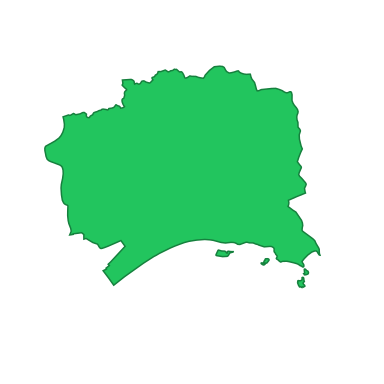 Quang Trach, Quảng Bình, Vietnam, rotated 68°
{"feature_id": "81297802B61927033163821", "entity_name": "Quang Trach", "entity_type": "district", "adm_level": 2, "iso_a3": "VNM", "parent_name": "Vietnam", "parent_adm1": "Quảng Bình", "projection": "robinson", "projection_center": [106.399, 17.873], "detail": "fine", "context": "isolated", "style": "filled", "palette": "green", "viewbox_px": 384, "rotation_deg": 68, "n_neighbors": 0, "source": "geoboundaries", "source_scale": "gbopen_adm2", "svg_char_len": 5908}
<svg xmlns="http://www.w3.org/2000/svg" viewBox="0 0 384 384"><g transform="rotate(68 192 192)"><path d="M249.1,299.5L245.2,286.1L239.8,263.6L237.5,251.5L237.3,249.1L236.7,245.2L235.8,233.0L235.7,228.3L235.8,223.1L236.0,218.0L236.6,213.2L238.3,205.8L240.8,197.9L243.1,193.2L244.7,190.5L249.7,183.9L251.8,180.1L253.3,174.7L254.2,172.7L255.1,171.3L256.0,170.4L257.6,169.2L258.0,168.5L258.6,167.2L258.8,161.0L259.1,159.9L260.6,157.9L262.1,154.4L264.1,152.4L265.3,150.7L266.2,150.0L269.9,145.6L271.6,140.2L272.2,138.9L273.2,137.9L274.2,137.3L274.9,137.1L275.5,137.1L276.9,137.8L278.2,138.2L280.0,137.7L281.1,137.7L282.8,137.1L283.6,137.2L284.1,137.5L285.1,138.7L285.4,138.7L285.9,138.6L286.9,137.8L288.9,136.9L289.8,136.3L290.2,135.9L290.2,134.0L291.7,130.1L293.1,127.9L296.1,123.7L298.2,121.1L300.2,119.6L301.0,119.2L301.4,118.5L302.0,118.0L302.8,117.7L303.2,117.1L303.2,116.8L303.0,116.3L302.1,115.8L301.0,115.6L299.3,116.0L297.6,116.0L295.8,112.8L293.8,108.2L292.8,104.3L292.6,103.8L292.6,100.7L293.1,99.0L294.3,98.3L296.0,98.1L297.8,97.7L298.2,97.5L298.5,97.0L296.6,96.9L292.7,95.5L291.4,95.5L286.1,96.3L283.1,96.4L280.6,97.5L270.0,104.0L268.9,104.3L268.0,104.0L266.2,103.0L264.6,101.9L262.0,101.2L259.3,101.1L249.5,103.2L246.6,105.3L241.4,108.4L239.9,107.1L238.3,106.2L235.8,105.7L235.5,96.9L235.5,87.2L233.8,87.0L230.7,86.3L228.8,84.2L227.5,83.2L226.0,83.3L220.6,85.1L217.6,86.4L215.7,86.5L214.0,85.2L210.4,81.5L209.2,81.3L207.5,81.9L203.4,83.0L199.7,79.9L195.9,76.3L193.4,73.6L190.1,73.6L183.2,72.6L179.2,71.2L176.0,68.6L174.4,68.5L171.6,69.4L167.1,67.7L164.4,67.6L161.8,66.8L160.2,65.9L158.4,64.2L157.1,63.5L155.0,63.3L152.9,63.7L149.8,64.7L147.3,65.1L144.6,65.0L139.3,62.8L137.1,62.5L136.1,62.8L135.7,63.8L135.8,65.8L135.5,67.2L134.2,68.7L131.8,70.4L129.5,72.8L127.3,75.5L125.9,79.3L123.0,89.4L123.1,92.3L122.6,93.7L120.9,93.8L117.1,93.3L113.9,93.0L109.7,94.2L107.3,94.2L104.6,93.8L104.4,94.2L103.3,97.5L102.0,99.8L100.3,101.8L98.6,103.2L97.5,103.4L97.0,103.7L96.7,105.1L96.6,107.7L96.2,110.4L95.8,112.5L95.4,113.1L94.7,113.7L93.3,114.8L91.5,115.2L88.6,115.5L87.1,116.6L85.7,119.2L84.2,124.4L85.8,130.2L88.6,136.0L90.1,137.5L90.8,138.9L89.3,141.4L88.0,143.3L86.3,145.1L84.6,149.0L83.6,150.5L84.1,153.1L84.1,154.9L83.8,155.6L83.3,155.9L80.6,155.8L78.1,156.1L76.9,156.5L76.3,157.2L76.3,158.2L75.5,158.9L72.5,160.4L72.0,161.9L71.5,162.4L72.0,164.0L72.0,164.8L71.6,166.4L71.8,167.2L71.8,168.7L71.6,169.2L69.0,171.0L68.9,171.3L68.7,175.9L68.1,177.1L67.7,178.3L69.0,179.3L69.6,180.3L69.9,181.5L69.8,182.0L70.0,182.4L70.6,183.0L70.9,183.4L71.0,183.9L71.0,184.9L70.9,185.9L71.0,186.2L71.4,186.4L72.2,186.5L73.4,186.2L74.8,189.3L75.1,190.3L75.0,190.7L72.9,193.4L72.2,194.0L71.5,194.4L70.9,195.1L70.5,196.7L70.6,197.3L71.4,198.3L72.0,199.3L72.2,200.1L72.2,200.8L71.8,201.3L70.7,202.2L70.4,202.9L70.4,204.8L70.0,204.8L67.7,204.3L66.9,204.5L65.6,205.4L64.8,206.3L62.1,214.6L65.1,215.3L65.6,215.5L66.7,216.7L67.1,216.7L67.9,216.3L69.9,215.5L72.2,214.3L72.8,214.3L73.0,214.6L73.6,216.3L74.1,217.0L75.1,217.7L77.1,218.2L79.4,220.0L79.6,220.5L79.7,221.6L80.2,222.2L80.9,222.6L82.3,223.0L84.3,223.1L86.5,222.9L87.6,222.6L87.9,223.5L88.0,224.7L87.6,226.7L87.0,226.7L86.0,226.9L85.2,227.3L84.0,228.8L82.9,229.5L82.7,229.8L82.7,230.1L84.0,232.1L84.3,233.3L84.2,234.9L83.5,237.6L83.5,237.9L84.2,238.8L84.3,239.1L84.3,239.6L83.3,240.8L81.8,243.4L81.7,244.1L81.6,244.7L82.0,245.7L81.9,246.5L81.7,247.6L81.9,249.9L81.7,251.7L81.7,253.3L82.3,254.3L83.2,255.1L83.3,256.6L83.6,258.0L84.5,259.2L84.4,259.8L83.8,260.9L82.8,261.5L81.8,261.5L80.3,260.7L78.0,262.0L77.6,262.8L77.4,263.9L77.6,265.9L77.6,266.7L76.9,270.3L76.7,270.9L76.2,271.4L75.5,271.8L74.8,272.5L75.3,275.9L75.2,276.7L74.6,277.2L74.3,277.7L74.2,280.0L74.0,283.4L76.8,283.8L81.3,284.9L84.4,286.3L88.2,289.4L90.7,292.4L92.2,295.2L93.5,300.4L94.7,310.3L95.0,310.9L96.2,312.0L98.6,312.9L101.4,313.4L104.4,314.0L107.4,314.0L109.2,313.1L110.7,311.8L117.4,304.5L118.7,303.6L119.9,303.1L121.5,303.1L123.6,303.4L126.9,304.6L131.0,306.9L136.0,310.3L139.2,311.9L145.8,314.1L151.1,315.3L154.0,315.1L155.2,314.7L156.3,313.9L157.6,312.5L158.1,312.3L158.6,312.3L163.0,314.3L167.3,316.1L172.1,317.5L175.1,318.0L180.4,318.1L182.8,318.6L183.5,319.0L186.0,321.5L186.3,320.4L186.8,318.0L186.3,317.8L188.4,309.6L190.9,308.2L195.2,309.9L195.4,307.6L201.7,302.9L205.0,299.1L208.4,298.6L209.6,298.2L210.2,297.7L210.5,296.9L210.7,294.6L210.8,290.3L210.4,276.1L217.3,274.4L226.4,293.7L227.6,296.8L229.2,296.2L230.4,300.2L231.4,300.1L231.7,303.9L241.0,301.4L249.1,299.5ZM260.3,192.9L263.4,187.8L264.8,183.7L264.8,182.9L264.4,182.0L262.9,180.1L262.7,179.2L263.1,176.5L262.7,176.2L261.7,178.5L260.5,180.5L260.4,180.8L260.6,181.3L261.8,182.3L261.6,182.7L261.2,182.9L260.3,182.9L259.6,183.3L259.0,184.0L257.8,186.6L255.8,189.1L255.8,189.6L256.1,190.0L259.1,193.2L259.8,193.4L260.3,192.9ZM318.2,123.2L317.7,122.8L317.4,122.4L317.3,121.9L317.2,121.4L315.3,121.2L314.6,120.9L313.3,120.7L312.8,121.0L312.6,121.2L312.6,122.0L314.5,122.8L314.8,123.4L314.9,124.3L314.7,125.3L313.9,126.7L314.0,127.1L314.5,127.5L315.2,127.5L315.5,127.7L315.7,128.1L318.3,128.2L319.1,128.0L319.9,128.0L320.4,127.8L320.5,127.5L320.4,127.1L320.6,126.8L321.7,125.9L321.3,125.6L321.2,125.2L321.5,124.8L321.9,124.5L321.7,122.7L321.0,122.5L320.4,122.6L319.7,123.1L318.2,123.2ZM285.3,151.9L286.1,151.0L285.9,150.7L285.4,150.6L285.8,149.9L285.8,149.0L284.3,146.4L284.0,146.1L283.5,145.9L283.0,146.0L282.6,146.3L282.0,147.2L281.5,148.9L281.9,149.6L282.6,149.8L282.8,150.0L282.9,150.8L283.9,151.7L284.5,152.4L284.5,152.8L283.8,153.9L283.9,154.6L284.5,154.6L285.5,154.0L286.4,153.2L286.6,152.4L286.5,152.0L285.3,151.9ZM311.4,117.4L311.5,116.1L311.4,115.0L310.9,114.5L310.1,114.1L308.8,114.2L307.7,115.2L306.3,115.6L306.0,115.8L305.6,116.4L305.7,116.8L306.0,117.0L308.3,117.7L309.1,117.7L309.4,117.8L309.5,118.1L309.5,119.0L310.1,118.8L310.7,118.9L311.0,118.7L311.4,117.4Z" fill="#22c55e" stroke="#15803d" stroke-width="1.5"/></g></svg>